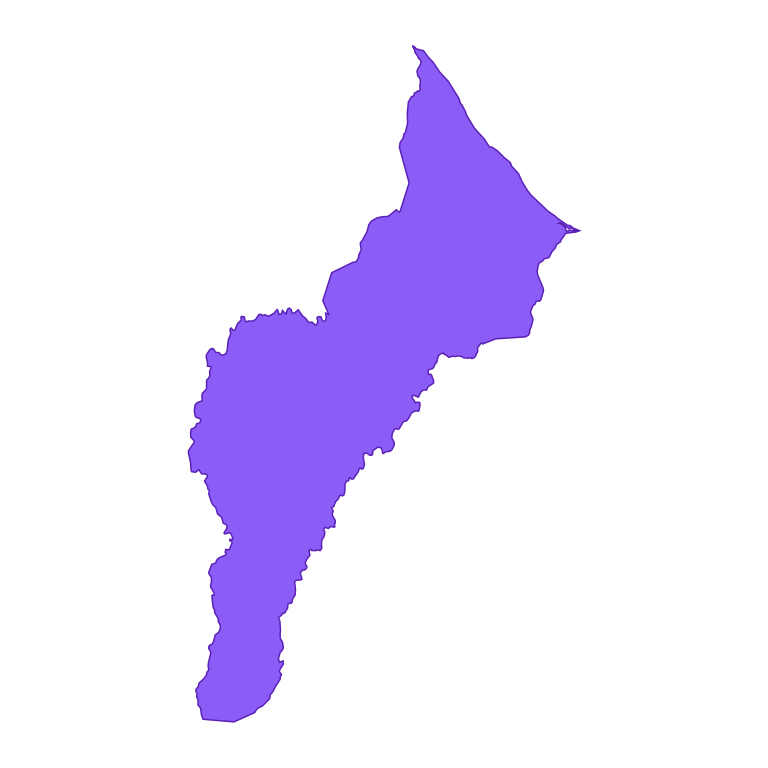 the district of Guararé, Los Santos, Panama
{"feature_id": "35544464B687818134367", "entity_name": "Guararé", "entity_type": "district", "adm_level": 2, "iso_a3": "PAN", "parent_name": "Panama", "parent_adm1": "Los Santos", "projection": "equal_earth", "projection_center": [-80.366, 7.776], "detail": "fine", "context": "isolated", "style": "filled", "palette": "violet", "viewbox_px": 768, "rotation_deg": 0, "n_neighbors": 0, "source": "geoboundaries", "source_scale": "gbopen_adm2", "svg_char_len": 6101}
<svg xmlns="http://www.w3.org/2000/svg" viewBox="0 0 768 768"><path d="M579.6,230.7L577.4,229.8L575.3,230.8L572.5,230.8L569.4,230.0L567.9,231.1L566.4,231.1L565.1,227.2L561.3,224.1L558.6,223.3L560.7,222.6L568.3,228.2L569.5,228.5L570.6,227.7L574.8,229.9L576.3,229.3L573.0,228.0L570.5,225.7L567.4,225.2L557.3,218.2L555.4,216.3L547.8,211.0L531.0,195.1L527.4,190.4L521.9,181.4L518.5,173.6L511.7,166.3L510.2,162.4L504.1,157.5L497.0,150.5L491.8,147.1L489.4,146.9L484.1,138.8L474.5,128.3L466.9,115.7L465.2,111.1L461.9,104.9L460.5,103.4L458.9,98.4L448.5,81.6L439.8,72.2L433.1,62.2L428.7,57.7L423.5,50.7L416.5,49.0L414.3,46.7L412.9,46.1L413.1,47.5L414.7,50.1L415.2,52.8L417.7,56.1L418.4,58.2L420.4,60.0L421.1,61.5L420.6,64.2L417.6,69.4L417.0,71.5L417.9,76.3L419.4,77.6L420.3,79.9L420.4,82.6L419.8,85.2L420.2,90.0L419.5,90.9L417.4,91.0L416.8,92.2L414.5,92.9L413.7,95.9L411.5,96.7L408.4,102.0L407.3,113.0L407.6,123.2L405.5,132.2L403.9,134.2L403.1,138.2L400.1,142.6L399.4,147.4L409.1,182.9L400.1,211.3L398.9,212.1L396.3,209.7L389.1,215.7L387.0,216.6L383.2,216.6L377.2,217.8L371.5,221.0L368.9,224.5L366.9,231.9L362.5,240.0L360.2,243.1L361.2,249.8L358.7,255.2L358.6,257.5L356.6,261.1L355.1,262.2L352.9,262.3L331.7,272.7L322.8,300.7L329.1,315.1L328.0,313.8L325.7,313.1L326.2,318.3L325.3,320.8L323.3,321.3L322.3,320.3L321.0,316.9L318.3,316.5L316.9,317.8L317.8,321.3L317.5,322.9L316.4,324.8L314.9,324.7L312.1,322.2L308.8,322.4L305.4,318.2L302.7,316.1L298.2,309.7L295.0,312.7L292.8,313.3L292.0,312.5L291.2,309.6L289.4,308.1L288.0,308.7L286.8,310.9L286.5,313.5L286.0,314.0L282.4,310.5L281.7,313.5L279.1,314.6L277.8,310.2L277.1,309.6L273.8,313.4L268.4,316.3L264.9,314.7L262.4,315.5L261.1,314.3L258.8,314.6L255.6,319.5L252.4,321.1L248.3,321.0L245.9,321.8L245.1,320.8L244.3,316.9L241.7,316.4L240.9,317.1L241.3,319.9L237.6,323.5L234.9,330.1L234.2,330.5L233.0,330.1L231.1,328.0L230.3,328.7L230.0,330.3L230.6,332.2L230.4,334.7L228.3,339.9L227.2,349.9L226.0,353.5L223.7,354.9L221.3,355.1L219.0,352.6L215.7,352.4L213.4,348.8L212.2,348.5L210.0,349.4L206.5,354.7L206.2,356.8L207.5,363.0L207.5,366.2L210.5,366.5L211.1,367.6L209.6,371.4L209.8,376.0L208.4,378.4L206.6,380.1L206.5,389.0L202.3,393.4L201.9,396.3L202.3,400.6L196.8,402.9L195.0,405.2L194.3,411.0L195.3,416.2L196.2,417.5L199.5,418.3L200.5,419.5L200.6,421.0L199.9,422.7L196.6,423.8L196.0,425.8L194.6,427.7L191.2,429.2L190.6,433.0L190.8,437.3L194.0,440.6L194.2,442.2L188.6,450.5L188.4,452.5L190.7,463.5L191.0,469.5L191.5,471.6L195.5,472.3L198.8,469.7L201.6,473.8L206.4,474.2L207.3,474.9L207.3,476.6L204.5,481.2L207.4,485.9L207.9,489.0L209.3,490.2L208.8,494.3L211.6,502.6L213.3,505.3L215.8,507.6L217.6,514.0L221.6,517.3L223.3,523.3L226.1,524.6L227.1,525.9L226.6,528.8L224.1,532.7L224.3,533.6L224.9,533.9L229.8,532.7L230.8,533.7L233.1,538.6L232.6,539.5L229.9,539.3L229.7,540.6L231.8,541.7L232.0,543.1L229.2,549.8L225.7,549.5L225.2,552.4L226.0,553.8L225.9,554.9L218.9,557.9L216.7,560.1L215.6,563.1L211.8,564.3L208.8,572.1L209.1,574.2L210.9,576.6L211.4,578.1L211.4,581.7L210.5,586.7L214.1,593.2L214.2,595.2L212.2,595.1L211.9,596.4L213.2,607.4L214.6,610.1L214.7,612.7L218.0,618.2L218.5,622.0L220.0,624.4L220.4,626.4L219.8,630.1L218.5,632.5L215.3,634.9L213.5,641.5L212.0,644.2L209.7,645.2L208.8,646.6L208.7,648.5L210.4,651.3L210.8,653.1L208.5,662.3L208.1,665.9L208.8,670.1L207.0,672.1L206.3,675.2L204.2,678.3L199.0,683.1L198.1,687.1L196.5,688.5L195.9,689.9L195.9,691.4L197.1,693.7L196.6,696.4L198.1,700.4L198.0,705.0L200.5,707.9L201.6,715.4L203.1,719.3L233.9,721.9L254.7,712.6L256.2,710.0L258.3,707.9L262.3,706.1L269.5,698.9L270.0,697.3L269.8,695.5L273.3,691.0L275.0,687.4L280.2,679.1L280.1,677.5L281.5,674.4L279.7,672.2L279.4,670.5L283.4,664.0L283.1,660.9L279.3,662.2L278.9,661.6L279.0,659.9L278.3,658.9L280.2,652.5L282.9,649.3L283.3,646.9L282.4,642.1L280.3,638.4L280.1,634.3L280.5,630.3L279.9,621.3L278.9,618.3L278.9,617.0L281.3,615.5L282.6,613.5L284.1,613.3L285.4,612.2L286.2,610.2L287.5,608.5L288.0,603.6L291.0,603.3L292.1,602.1L292.8,598.4L295.1,595.1L295.5,589.4L294.6,581.7L296.2,580.3L301.2,579.8L302.0,579.2L300.6,574.4L300.5,572.6L302.4,570.2L305.1,569.8L306.8,567.8L306.9,566.3L305.4,564.2L305.3,562.9L306.6,559.5L309.8,555.4L309.2,550.3L310.3,549.4L312.0,550.6L316.3,550.5L317.2,549.8L320.2,550.6L321.8,548.0L321.5,544.4L321.8,540.3L324.1,536.3L324.6,534.1L324.8,532.4L323.8,529.1L324.0,528.3L325.3,527.5L328.4,528.4L331.0,526.4L334.0,527.2L334.8,526.8L334.4,524.8L335.3,522.9L335.3,520.6L332.1,514.6L333.2,510.9L331.7,508.5L331.7,507.8L333.7,506.5L335.5,501.9L338.3,498.9L339.9,495.3L342.8,495.8L344.0,494.8L344.9,490.9L345.0,484.1L346.4,481.1L348.5,480.9L349.7,477.7L351.6,479.1L353.3,479.0L358.3,471.7L359.4,468.4L360.2,468.2L362.0,469.2L363.5,468.0L364.5,464.4L363.3,457.8L363.8,453.5L365.5,453.0L367.3,453.5L369.8,455.3L371.9,455.2L372.6,454.3L372.8,450.9L377.8,447.1L381.1,447.9L381.9,449.4L382.6,452.9L383.2,453.5L385.6,451.9L390.1,451.2L391.7,450.0L393.6,446.6L394.3,444.1L394.1,442.1L391.8,438.0L392.3,433.4L394.4,429.5L395.6,428.6L398.2,429.3L399.1,428.9L403.2,422.0L404.2,421.2L406.1,421.2L408.5,418.6L411.7,412.7L415.6,410.9L418.3,411.2L419.2,410.2L420.0,404.7L419.9,402.9L418.4,402.1L415.1,402.6L414.2,400.4L412.8,398.9L412.2,396.7L412.4,395.6L413.8,395.3L418.4,397.2L421.0,391.8L423.6,389.9L426.5,390.1L428.1,386.6L433.5,383.2L433.7,381.1L431.5,375.0L430.5,374.2L428.4,374.4L428.0,370.9L429.3,369.5L432.2,368.7L433.6,367.6L435.0,364.1L436.7,362.4L438.2,356.3L440.4,353.9L443.4,352.9L443.9,354.2L445.7,354.7L448.7,357.3L453.3,356.1L455.1,356.6L457.5,355.9L461.4,356.4L463.7,357.8L468.4,358.2L470.5,357.6L471.7,358.6L474.0,357.9L475.4,356.3L477.7,351.4L477.5,348.0L480.8,343.3L481.9,343.1L482.5,344.0L495.8,338.8L525.3,336.9L528.2,335.4L529.5,333.2L529.9,329.7L531.3,326.5L532.9,320.0L532.7,318.2L530.6,313.1L530.8,310.8L533.0,305.6L535.1,304.1L535.8,301.9L537.4,301.0L539.7,301.1L540.9,299.6L543.5,290.9L543.1,288.0L537.4,274.2L537.2,271.0L538.1,265.7L539.2,263.0L542.9,260.7L543.8,259.0L548.9,257.6L551.9,251.9L555.4,247.8L556.6,244.5L560.5,241.8L561.0,240.0L565.8,233.3L575.9,232.0L579.6,230.7Z" fill="#8b5cf6" stroke="#5b21b6" stroke-width="1.5"/></svg>